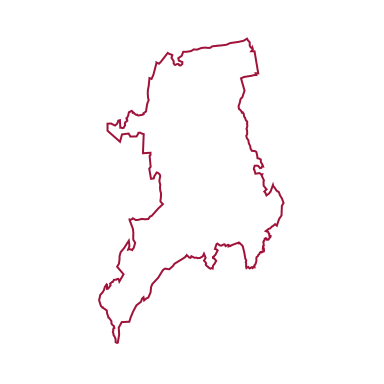 the district of Laidu pag., Kuldigas, Latvia, rotated 277°
{"feature_id": "27541924B42587812574717", "entity_name": "Laidu pag.", "entity_type": "district", "adm_level": 2, "iso_a3": "LVA", "parent_name": "Latvia", "parent_adm1": "Kuldigas", "projection": "robinson", "projection_center": [21.821, 56.751], "detail": "fine", "context": "isolated", "style": "outline", "palette": "rose", "viewbox_px": 384, "rotation_deg": 277, "n_neighbors": 0, "source": "geoboundaries", "source_scale": "gbopen_adm2", "svg_char_len": 6065}
<svg xmlns="http://www.w3.org/2000/svg" viewBox="0 0 384 384"><g transform="rotate(277 192 192)"><path d="M257.2,117.9L256.3,118.3L255.7,118.9L254.8,119.1L253.2,117.4L252.7,117.4L252.5,117.1L251.6,117.0L250.0,117.5L248.3,116.6L247.4,116.4L246.9,115.1L247.3,113.8L247.1,113.0L254.5,111.7L253.8,110.1L253.0,110.2L250.3,109.1L248.6,107.5L250.1,103.2L249.5,99.8L242.5,100.7L233.1,114.4L240.6,115.5L242.3,122.0L239.5,124.1L240.4,130.2L243.1,131.4L244.2,131.6L244.6,133.2L243.9,134.9L243.6,137.0L224.5,138.6L225.9,146.0L223.7,146.3L222.8,145.5L211.9,147.9L210.0,146.7L200.1,149.7L200.8,152.4L202.9,152.6L207.1,154.6L206.9,155.8L205.8,157.4L204.8,158.3L203.3,158.5L199.7,158.2L197.5,158.7L195.5,159.6L192.5,159.7L189.6,160.3L186.7,161.5L182.0,161.8L179.3,161.7L178.4,162.1L176.4,164.6L171.5,160.5L163.4,154.9L162.5,153.3L159.9,152.0L159.2,148.8L159.2,145.4L158.8,144.9L158.8,144.5L157.7,141.7L157.3,139.7L158.7,136.5L157.9,136.0L156.8,134.2L157.1,133.4L156.7,133.4L148.3,137.8L144.7,138.7L138.1,139.4L137.0,139.9L134.7,141.8L129.7,141.0L129.0,140.8L127.8,139.8L127.1,139.7L127.5,138.3L127.6,136.7L127.1,135.7L130.8,136.5L135.9,135.2L127.6,131.2L123.7,128.6L122.9,128.4L119.5,127.9L115.9,128.3L111.9,128.2L108.7,126.8L102.0,134.1L94.3,130.8L96.1,130.1L96.8,129.5L96.5,128.4L95.7,127.4L95.3,125.2L93.0,124.3L92.9,123.6L91.0,121.9L89.5,122.6L85.8,120.5L85.5,119.4L89.2,119.0L89.1,118.8L89.7,118.4L87.2,117.1L83.9,116.5L81.7,115.6L78.5,113.4L74.8,113.2L74.1,112.9L72.5,113.3L68.8,115.0L67.8,115.5L66.4,117.1L66.6,117.6L66.1,117.9L64.1,121.8L61.6,122.4L57.6,124.2L57.7,124.3L54.1,127.7L51.6,128.1L50.3,129.3L49.4,130.8L47.5,131.5L47.1,130.7L45.8,130.5L45.1,130.8L43.3,130.5L42.4,131.1L40.6,131.5L38.8,132.9L36.6,134.1L33.6,134.5L33.1,136.0L33.4,136.7L41.6,137.1L48.4,135.8L54.3,138.1L55.6,145.6L60.0,146.4L66.7,148.3L72.8,150.7L76.8,154.7L80.0,155.4L81.6,156.7L78.6,157.7L80.9,159.8L81.6,161.1L82.2,161.6L87.2,163.1L92.8,163.0L95.8,163.8L102.8,168.9L110.9,172.6L112.6,174.4L112.7,174.9L112.5,178.8L116.2,182.1L118.7,183.4L125.5,192.0L126.0,192.4L126.2,192.9L127.5,193.6L127.4,193.9L127.7,194.2L128.7,194.5L126.6,197.3L126.5,198.6L128.2,199.2L127.0,202.6L127.4,204.6L127.0,205.5L127.5,208.0L129.6,210.6L132.2,211.4L128.4,213.5L125.3,212.3L124.0,213.9L122.7,214.8L121.5,214.5L120.5,215.5L119.6,217.2L119.2,217.3L118.1,219.6L119.1,221.2L118.7,221.8L121.5,221.9L123.6,223.2L126.7,224.4L128.5,222.4L129.0,220.9L129.6,220.8L130.1,220.8L130.2,221.4L131.6,222.0L132.0,222.6L132.8,223.0L137.2,224.6L137.9,223.5L138.3,221.7L143.2,222.7L143.9,223.5L142.4,226.1L142.3,227.5L144.0,230.2L144.0,230.8L142.4,231.9L144.0,234.2L143.7,235.0L142.5,235.0L143.4,236.7L143.2,236.8L144.2,238.1L146.4,242.3L147.2,244.3L147.0,244.5L147.6,244.8L147.4,245.3L146.7,245.9L145.8,247.4L144.5,248.9L138.5,251.2L132.2,253.1L130.7,254.2L128.7,253.9L128.1,254.4L124.4,254.8L123.2,255.3L124.1,256.1L124.5,257.0L123.7,257.7L123.5,258.3L123.2,258.6L123.4,259.0L124.6,260.3L124.3,260.8L124.4,261.2L124.0,261.4L124.3,261.7L124.4,262.1L125.1,261.9L125.3,262.1L125.2,262.2L125.8,262.4L126.0,262.6L125.6,262.7L125.5,263.0L126.4,262.7L126.0,263.1L127.3,263.1L127.9,263.7L130.2,264.2L132.3,264.3L133.2,264.0L135.2,264.0L136.4,265.2L137.7,265.5L138.5,266.4L140.0,266.7L140.1,267.0L140.8,267.4L140.7,267.8L141.0,268.2L140.6,268.7L141.4,269.6L141.8,270.6L142.5,270.6L142.9,270.1L143.8,270.4L144.2,269.9L144.9,270.1L145.0,269.9L144.6,269.6L145.2,269.5L145.0,269.2L146.8,269.2L146.8,269.4L147.6,269.8L151.0,268.9L151.6,269.3L152.4,269.2L153.2,269.9L154.0,270.0L154.4,270.5L154.6,270.1L155.2,270.6L155.2,271.0L154.8,271.6L154.2,271.9L154.2,272.3L153.9,272.4L154.1,272.7L153.9,273.2L154.2,273.5L154.3,273.9L155.5,274.2L156.7,275.3L158.0,275.4L158.3,274.3L158.1,274.1L158.8,273.8L160.1,273.7L160.7,272.8L161.2,272.7L161.8,272.3L162.3,271.4L161.9,271.0L162.2,270.0L164.8,272.7L165.4,274.0L167.6,275.7L168.2,276.6L170.2,278.4L168.9,280.3L175.7,281.7L179.6,283.7L189.3,282.9L192.2,284.2L196.3,282.2L199.5,279.7L202.4,278.3L203.0,277.4L203.0,276.6L204.2,275.3L206.1,273.7L207.7,272.0L208.9,271.5L201.8,269.9L201.7,269.6L199.9,268.7L197.7,266.3L200.2,264.9L201.2,263.7L203.8,265.7L204.6,264.7L207.0,262.3L211.3,261.7L212.2,262.0L216.7,259.2L218.1,259.6L217.9,258.4L219.0,256.8L217.9,252.7L221.6,251.2L221.8,250.8L222.7,250.5L225.7,251.0L226.1,253.1L225.9,254.6L224.0,256.6L224.4,257.9L224.7,258.0L225.8,258.3L225.9,259.5L227.9,258.5L230.0,256.7L232.6,256.3L233.3,254.8L233.5,252.9L235.9,252.3L239.4,251.1L240.1,250.2L240.3,248.8L240.2,248.0L240.2,246.3L242.5,244.7L244.6,244.2L247.2,242.5L250.3,241.6L252.1,239.9L254.4,239.0L256.0,239.7L258.7,239.4L261.0,238.7L261.2,238.4L264.1,238.9L266.0,238.5L266.5,238.2L266.9,238.4L268.6,238.2L269.1,237.7L269.5,236.9L272.3,235.5L273.1,234.6L275.9,233.8L277.3,232.6L276.8,232.0L278.9,230.5L280.2,228.5L280.9,228.4L281.5,228.0L283.2,227.8L286.2,228.5L290.3,228.9L292.2,230.4L299.0,231.8L310.8,226.8L312.5,229.6L314.6,236.9L315.5,239.1L316.0,241.6L317.6,240.7L317.8,243.3L339.3,236.9L338.9,233.7L341.2,235.0L342.8,234.3L342.1,234.1L342.6,232.7L344.2,231.5L347.7,231.0L349.3,229.1L350.9,227.9L348.4,224.8L346.6,219.7L344.6,212.2L344.0,210.9L342.6,208.8L341.8,206.3L340.4,200.2L340.4,199.3L340.1,199.1L339.3,195.2L338.8,194.0L337.4,192.7L337.0,190.6L336.9,187.4L336.1,183.8L334.0,179.8L333.8,178.5L333.8,176.4L331.8,174.0L330.5,169.6L330.1,166.2L325.9,165.2L323.2,162.1L320.8,162.9L319.8,166.6L317.9,166.8L316.2,165.3L316.2,164.0L316.4,163.7L317.0,163.5L317.4,162.7L316.9,161.1L316.1,159.9L316.2,159.2L317.3,158.2L319.7,157.8L322.7,155.3L325.5,155.8L326.0,154.4L326.1,152.9L327.1,151.0L317.4,145.2L315.3,143.6L316.2,140.9L315.5,141.0L303.7,139.4L299.3,138.1L299.9,135.9L292.2,136.1L287.7,135.8L284.1,136.1L279.8,137.0L278.1,137.8L274.1,136.8L266.3,136.5L264.2,134.2L263.3,134.5L262.4,132.9L261.4,129.3L261.6,128.3L262.0,128.1L261.9,127.9L262.0,126.6L262.8,125.3L263.4,124.8L263.7,124.0L263.5,123.6L264.2,123.5L265.2,122.3L265.9,122.0L264.7,121.9L264.2,121.1L264.0,120.2L263.6,119.8L262.4,119.5L260.0,119.4L259.6,119.1L257.6,118.6L257.2,117.9Z" fill="none" stroke="#9f1239" stroke-width="2"/></g></svg>